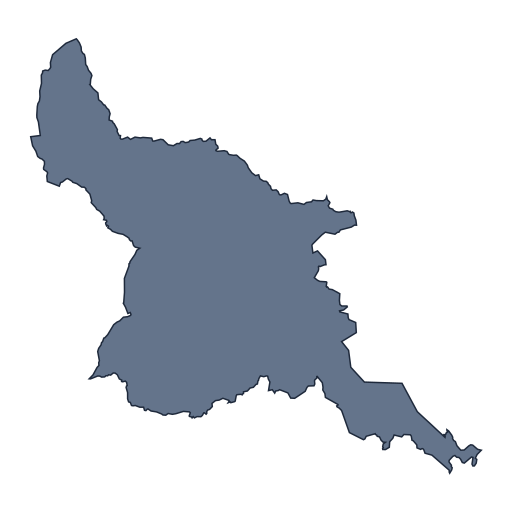 Ixhuacán de los Reyes, Veracruz, Mexico
{"feature_id": "50627088B23421839832911", "entity_name": "Ixhuacán de los Reyes", "entity_type": "district", "adm_level": 2, "iso_a3": "MEX", "parent_name": "Mexico", "parent_adm1": "Veracruz", "projection": "albers", "projection_center": [-97.071, 19.373], "detail": "fine", "context": "isolated", "style": "filled", "palette": "slate", "viewbox_px": 512, "rotation_deg": 0, "n_neighbors": 0, "source": "geoboundaries", "source_scale": "gbopen_adm2", "svg_char_len": 6018}
<svg xmlns="http://www.w3.org/2000/svg" viewBox="0 0 512 512"><path d="M449.7,473.2L451.7,469.9L452.2,467.7L451.3,466.6L451.4,465.2L449.0,461.9L449.2,460.3L452.9,456.3L454.9,455.5L456.6,457.2L459.0,457.5L460.6,459.2L462.3,462.5L464.3,463.1L471.5,457.0L473.0,457.4L472.0,464.1L472.9,466.0L474.4,465.9L476.2,463.2L476.8,459.4L475.3,458.2L477.1,454.5L481.3,450.2L477.6,449.3L472.7,445.1L470.7,444.8L468.9,445.8L464.2,450.0L460.8,450.2L456.9,445.7L455.4,441.6L453.7,440.5L452.6,438.6L452.7,437.2L451.7,435.1L448.7,431.0L446.9,429.7L447.0,430.9L447.9,431.8L446.2,432.9L445.6,434.6L444.1,434.6L445.2,436.4L445.0,437.4L417.3,411.7L402.0,383.3L364.4,382.1L350.8,367.3L348.6,350.4L341.6,341.6L356.3,332.6L355.7,322.5L349.0,319.6L348.2,317.7L347.9,314.0L339.8,311.9L339.5,310.8L343.6,310.0L347.3,306.9L347.0,306.0L341.7,306.0L339.9,304.5L339.4,300.3L339.8,293.7L332.3,289.6L329.1,289.1L327.5,286.9L326.8,287.2L326.2,286.4L326.8,282.3L326.2,281.8L319.9,281.4L317.5,280.3L314.3,277.7L318.3,270.8L318.7,268.9L318.4,266.8L319.0,266.1L320.0,266.6L324.2,264.9L326.0,264.7L325.4,259.7L317.5,250.9L312.9,253.0L311.9,245.3L312.5,244.2L321.7,235.0L325.3,232.2L335.0,234.2L337.5,232.3L338.9,232.2L340.4,229.9L351.3,227.1L354.5,225.1L356.5,225.2L355.9,220.1L354.3,215.8L353.9,213.0L352.4,212.0L351.0,212.8L350.4,212.4L350.2,211.4L349.7,211.6L347.2,210.8L339.0,212.2L335.8,211.7L333.4,210.3L332.8,209.2L329.5,208.1L328.2,205.8L329.9,202.7L329.4,201.7L327.4,199.7L326.7,196.6L325.8,199.1L323.4,200.8L316.4,200.6L313.0,200.0L311.5,201.8L306.4,202.5L304.0,204.4L297.9,202.8L291.0,203.6L289.9,202.7L289.1,201.0L287.5,194.5L284.4,193.3L281.3,194.8L280.1,194.9L279.2,194.3L278.1,191.7L276.2,189.9L272.5,190.3L271.0,188.7L270.5,186.3L268.4,184.2L267.8,182.7L266.2,181.3L263.5,181.1L259.9,178.8L258.7,174.8L255.5,175.6L251.8,172.8L248.2,167.7L247.4,165.2L244.4,161.1L239.9,158.2L237.2,155.6L236.3,155.1L233.5,155.3L229.9,154.7L228.7,154.3L227.0,151.5L224.2,150.7L217.5,151.3L215.9,150.6L216.2,149.6L218.0,148.4L218.0,147.3L217.6,146.0L215.8,144.3L215.0,139.7L211.4,139.7L210.0,137.9L206.0,141.2L203.3,141.4L202.1,140.3L201.9,139.1L200.3,138.4L194.7,140.1L190.1,140.5L188.7,142.0L186.8,142.4L185.1,142.6L183.2,141.4L181.1,141.6L179.5,143.6L177.0,143.5L173.4,145.7L168.2,144.8L163.0,139.7L160.6,139.3L154.0,141.1L152.7,141.0L151.7,138.1L143.0,137.4L140.3,137.9L135.0,137.1L130.5,139.4L127.6,137.1L122.3,139.2L121.0,139.1L120.2,138.3L120.5,135.6L119.1,135.5L117.1,131.5L117.4,129.6L114.2,123.8L112.8,122.5L112.5,121.2L109.1,120.0L109.3,116.8L110.1,113.7L108.7,109.7L107.0,108.3L104.7,105.0L103.7,104.9L101.4,101.9L98.6,99.7L97.9,92.9L93.2,88.8L89.8,84.5L90.3,84.3L90.7,79.3L91.9,75.6L91.0,73.3L88.5,70.2L87.2,66.6L85.7,64.5L85.3,58.0L84.4,54.4L83.0,53.5L81.4,51.0L81.1,47.0L79.4,42.9L77.4,40.0L76.3,38.8L65.9,43.3L52.6,54.7L50.4,62.6L50.7,67.2L50.0,68.5L48.2,70.5L45.2,70.1L42.7,71.0L42.5,73.0L41.3,75.1L41.5,83.4L39.7,91.0L40.0,96.7L39.4,101.0L37.9,103.6L37.3,106.6L36.8,115.1L36.9,117.6L38.4,121.9L40.3,135.5L30.7,136.7L32.6,145.8L35.9,151.2L37.7,156.5L40.3,158.5L41.8,158.9L44.4,161.3L44.5,164.3L43.5,168.0L43.7,169.4L47.0,171.8L47.6,172.9L46.8,176.0L47.3,181.5L59.3,186.2L60.6,182.5L62.4,182.0L66.3,178.9L67.8,178.6L72.0,181.2L72.8,182.3L76.8,183.6L81.7,187.1L84.3,187.2L85.9,188.6L85.9,189.9L89.9,194.1L91.7,200.7L91.2,202.6L95.7,207.5L96.7,209.4L99.8,211.2L104.0,216.1L104.2,218.4L103.6,219.7L106.5,220.3L106.8,221.7L105.7,222.7L105.7,223.8L106.6,225.9L107.2,225.3L108.5,226.2L107.8,227.8L110.6,229.4L112.4,231.3L118.2,233.4L123.0,234.3L127.1,236.8L129.1,238.3L129.4,239.6L130.7,240.9L132.1,240.9L133.6,245.6L135.2,247.1L139.8,248.2L136.8,250.3L135.0,254.4L130.0,261.7L129.8,263.1L129.0,263.7L128.9,266.2L124.4,278.4L124.5,292.3L123.7,302.9L123.3,303.2L125.5,307.2L127.9,313.5L130.2,312.5L131.0,314.4L130.6,315.4L127.6,316.7L123.4,317.2L119.7,320.9L117.0,322.1L113.7,324.7L107.7,334.7L104.8,337.8L103.8,338.1L102.6,341.6L101.5,342.7L101.1,344.8L98.7,348.3L97.7,351.5L99.4,360.8L98.7,362.7L98.9,365.5L97.1,367.4L93.0,374.9L89.2,378.8L90.5,378.9L97.7,376.0L99.8,376.1L101.6,377.1L104.7,376.9L105.9,375.7L107.7,375.8L108.5,374.8L110.7,375.1L113.2,373.0L115.1,373.1L117.3,374.7L119.3,378.9L121.8,380.2L121.6,381.5L122.7,381.8L125.3,381.1L126.6,382.3L127.2,385.6L126.5,386.0L126.1,387.5L127.6,392.6L127.6,398.8L128.6,401.9L130.3,402.4L131.5,405.5L133.0,405.8L135.3,405.5L139.8,407.2L143.6,407.2L144.5,410.3L145.9,410.6L147.3,409.1L148.1,409.0L151.0,411.0L156.5,411.9L161.7,414.0L162.9,415.0L165.8,415.2L168.1,413.5L172.4,414.3L175.9,413.7L183.4,411.4L189.5,411.9L190.3,412.8L189.2,415.9L189.4,416.4L191.6,417.0L192.1,417.9L193.2,416.6L194.4,417.9L197.0,416.6L200.9,416.7L202.4,415.4L203.7,412.9L204.4,412.8L206.1,414.2L206.8,413.4L206.7,411.6L207.6,410.1L209.6,409.4L212.3,406.6L212.0,403.4L215.5,400.6L219.1,400.1L222.9,398.3L228.9,400.4L229.2,401.0L228.2,402.7L230.2,401.9L230.8,402.7L234.7,401.6L235.2,401.1L236.2,395.8L236.8,394.7L240.7,394.3L242.2,394.8L242.4,394.0L243.5,393.6L243.5,391.8L247.4,391.0L250.1,388.0L253.4,387.3L256.0,384.4L257.4,384.0L257.9,381.0L258.5,380.4L258.8,378.7L260.4,375.9L263.8,376.7L266.4,375.9L267.7,376.2L268.3,379.0L269.9,382.0L268.5,390.6L272.3,389.7L274.7,393.1L275.7,391.0L278.4,390.5L279.6,389.7L287.9,392.9L290.7,398.1L294.7,398.3L305.2,391.3L306.9,387.5L308.3,386.0L314.0,385.8L314.8,384.0L314.5,380.9L314.8,379.9L316.8,378.1L316.8,376.5L317.2,376.4L322.3,382.7L323.0,387.2L322.8,390.0L324.9,393.5L325.4,397.4L338.0,404.5L337.9,405.2L336.7,405.9L337.0,406.8L339.2,408.1L341.6,410.5L349.4,432.6L363.5,439.7L364.9,438.9L366.2,436.3L375.2,433.7L375.3,434.4L376.7,435.1L377.2,436.3L379.5,436.9L381.1,440.2L383.0,442.1L385.4,442.3L383.2,444.0L382.7,446.7L383.3,447.6L382.6,448.3L382.8,449.5L385.4,449.6L389.3,447.3L389.7,441.7L392.8,438.3L394.1,435.0L401.7,436.9L403.9,434.5L410.4,434.8L411.3,436.2L412.0,440.3L413.2,440.7L416.8,444.9L417.0,447.9L420.6,449.4L422.0,448.6L422.8,448.7L423.9,450.0L425.0,453.2L431.9,455.1L449.2,470.2L449.2,472.1L449.7,473.2Z" fill="#64748b" stroke="#1e293b" stroke-width="1.5"/></svg>